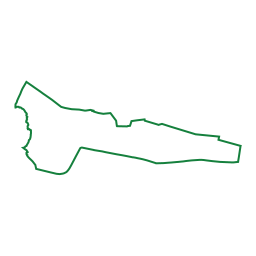 Piltene, Ventspils, Latvia
{"feature_id": "27541924B10340241308043", "entity_name": "Piltene", "entity_type": "district", "adm_level": 2, "iso_a3": "LVA", "parent_name": "Latvia", "parent_adm1": "Ventspils", "projection": "orthographic", "projection_center": [21.685, 57.226], "detail": "fine", "context": "isolated", "style": "outline", "palette": "green", "viewbox_px": 256, "rotation_deg": 0, "n_neighbors": 0, "source": "geoboundaries", "source_scale": "gbopen_adm2", "svg_char_len": 3065}
<svg xmlns="http://www.w3.org/2000/svg" viewBox="0 0 256 256"><path d="M163.4,163.1L164.8,163.0L168.6,162.7L171.4,162.5L177.0,162.0L178.3,161.9L181.2,161.6L183.4,161.4L186.1,161.0L191.6,160.4L196.0,160.1L199.1,159.9L200.9,159.9L202.0,159.9L203.6,160.0L206.4,160.4L212.1,161.1L218.1,161.7L220.1,161.9L231.8,162.4L233.0,162.4L233.5,162.4L238.1,161.9L238.2,161.0L238.8,157.4L240.5,146.2L240.6,145.9L218.5,139.8L219.1,136.6L195.6,134.3L170.4,126.6L162.0,123.9L159.7,124.5L158.6,124.9L157.5,124.5L144.8,120.7L144.6,119.4L144.1,119.4L143.8,119.5L137.1,120.3L131.5,121.1L130.6,124.0L130.0,125.8L127.6,126.1L127.1,126.4L117.0,126.2L116.9,126.1L116.5,123.5L116.1,120.7L110.6,113.3L110.4,113.1L107.4,113.4L103.5,113.8L103.2,113.8L98.4,113.0L93.8,111.6L93.4,111.2L92.8,111.1L93.2,110.6L90.9,110.0L90.5,109.9L85.8,110.6L84.7,110.6L79.2,109.6L71.7,109.2L65.2,108.0L61.2,106.9L58.7,105.0L52.5,100.2L52.1,99.9L51.7,99.6L51.4,99.4L49.0,97.7L46.1,95.7L45.7,95.4L43.2,93.7L40.9,92.0L27.1,82.4L26.4,81.9L26.1,82.4L22.6,88.4L22.4,88.8L21.2,91.5L20.3,93.9L18.8,97.0L17.1,100.8L16.9,101.8L16.5,102.7L16.4,102.9L15.9,103.6L15.6,104.1L15.5,104.4L15.5,105.0L15.4,106.7L15.5,107.5L15.8,107.5L15.9,107.4L16.4,107.0L16.6,106.9L16.9,106.9L17.5,106.8L17.9,106.8L18.7,106.8L19.0,107.1L19.1,107.3L19.3,107.5L19.6,107.5L19.9,107.5L20.2,107.4L20.7,107.5L21.3,107.9L21.6,108.1L21.8,108.5L22.8,108.9L22.9,109.0L23.2,109.1L23.5,109.3L23.9,109.8L24.4,110.4L24.8,111.1L25.1,111.5L25.3,112.0L25.6,112.4L25.7,112.5L25.9,112.7L26.2,112.9L26.6,113.5L26.6,113.8L26.7,114.1L26.8,114.2L26.6,114.7L26.3,115.1L26.4,115.4L26.6,115.9L26.6,116.0L26.9,116.3L27.0,116.5L27.0,116.8L27.3,117.0L27.1,117.3L27.0,117.5L26.7,117.9L27.1,119.1L26.9,119.4L26.8,120.1L26.4,120.4L26.5,120.9L26.2,121.4L26.3,122.2L26.7,122.4L27.5,122.8L27.7,123.2L28.2,124.3L28.3,124.7L28.3,125.1L27.6,126.1L27.6,126.9L27.8,127.3L27.6,128.4L27.7,128.5L27.9,129.2L28.1,129.2L28.8,129.0L29.4,129.2L29.6,129.8L30.7,130.0L30.9,130.2L31.0,131.1L30.9,131.8L31.0,132.7L30.9,134.0L30.7,134.5L30.8,135.0L30.5,137.4L30.2,138.1L30.2,138.7L29.5,139.7L28.9,140.1L28.8,140.5L28.7,141.5L28.2,142.8L27.9,143.1L27.6,143.7L27.2,144.4L26.8,145.0L26.7,145.6L26.4,146.0L25.7,146.2L25.3,146.5L24.9,147.1L24.5,147.4L23.7,147.7L23.2,147.8L24.8,149.1L26.4,150.1L27.7,152.1L27.2,152.5L26.8,152.6L26.6,152.6L26.4,152.9L26.5,153.3L26.5,154.2L27.0,155.2L27.3,155.2L27.3,155.3L27.4,155.9L27.6,156.3L28.1,156.9L29.4,158.3L31.1,159.9L32.6,161.4L34.9,164.4L35.3,164.8L36.0,168.0L36.2,168.9L41.2,170.1L42.8,170.5L51.4,172.6L51.5,172.6L56.5,173.8L59.6,174.1L62.3,173.7L63.7,173.4L66.0,172.3L66.6,171.9L67.9,170.5L69.3,168.6L69.7,167.9L71.0,165.6L71.7,164.3L72.9,162.0L73.7,160.5L74.2,159.5L75.0,158.0L75.1,157.9L75.2,157.6L79.8,149.0L80.4,148.0L81.0,147.8L81.5,147.6L82.1,147.6L93.9,150.0L94.0,150.1L97.7,150.7L102.2,151.4L105.7,152.2L117.2,154.4L117.9,154.5L122.5,155.3L126.2,156.0L130.7,156.9L132.6,157.3L132.8,157.3L133.1,157.3L135.5,157.7L137.7,158.2L140.3,158.7L143.0,159.3L147.1,160.4L156.0,163.2L156.1,163.3L163.4,163.1Z" fill="none" stroke="#15803d" stroke-width="2"/></svg>